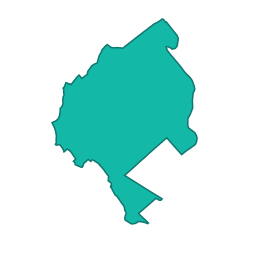 the district of Cernica, Ilfov, Romania, rotated 346°
{"feature_id": "2599482B48526584820869", "entity_name": "Cernica", "entity_type": "district", "adm_level": 2, "iso_a3": "ROU", "parent_name": "Romania", "parent_adm1": "Ilfov", "projection": "orthographic", "projection_center": [26.324, 44.406], "detail": "fine", "context": "isolated", "style": "filled", "palette": "teal", "viewbox_px": 256, "rotation_deg": 346, "n_neighbors": 0, "source": "geoboundaries", "source_scale": "gbopen_adm2", "svg_char_len": 3972}
<svg xmlns="http://www.w3.org/2000/svg" viewBox="0 0 256 256"><g transform="rotate(346 128 128)"><path d="M201.5,107.6L202.1,106.8L202.4,103.5L201.7,97.3L200.9,95.1L200.5,94.1L198.6,91.0L197.7,89.5L196.5,87.4L195.0,83.7L194.0,81.3L191.7,76.5L186.7,66.4L184.8,62.0L184.8,58.5L186.2,58.6L188.5,60.4L189.9,62.2L193.1,62.2L195.4,60.5L197.7,55.3L198.4,53.3L198.3,51.8L198.0,50.0L195.1,43.7L192.2,37.3L190.8,34.3L190.0,34.5L189.2,32.6L188.7,31.2L188.3,31.0L187.7,30.5L186.4,31.0L185.2,31.5L184.9,31.6L183.4,32.2L179.9,33.1L179.1,33.2L178.3,33.4L176.9,34.0L176.1,34.5L175.3,34.7L173.5,35.5L173.1,35.7L172.2,36.1L169.2,37.4L167.9,37.9L159.0,41.8L146.6,47.3L144.3,48.3L143.3,48.9L142.8,49.2L142.4,49.3L141.4,48.9L140.6,48.6L139.3,48.2L138.7,48.0L138.0,47.8L137.4,47.6L136.2,47.2L135.4,47.1L134.0,46.9L133.0,46.5L132.0,46.2L131.5,46.0L130.5,45.0L129.5,43.9L128.9,43.0L128.4,42.4L128.2,42.1L127.3,42.3L126.9,42.5L126.2,42.8L124.7,43.9L122.2,45.5L121.3,46.3L120.5,47.7L120.0,48.4L119.4,48.9L118.9,49.5L118.2,50.1L117.7,50.8L116.9,52.0L115.8,53.8L114.3,56.7L113.7,57.3L113.3,57.4L111.7,57.7L109.7,58.2L109.1,58.5L108.2,58.7L107.4,59.2L106.3,60.2L104.5,61.9L103.9,62.2L103.6,62.4L103.4,62.6L102.9,63.3L102.3,63.9L102.2,64.2L102.0,64.9L102.0,65.8L101.3,66.1L95.2,68.7L93.8,65.7L93.5,65.0L93.2,64.8L90.9,66.2L90.2,66.8L88.5,68.0L83.4,72.0L83.0,71.5L82.5,71.2L82.2,71.5L81.1,70.6L78.7,69.0L76.3,72.6L76.0,72.8L75.7,72.9L75.0,73.3L74.7,73.8L74.6,74.0L74.8,74.3L75.0,74.5L75.1,74.9L74.5,76.5L74.3,77.3L74.1,78.7L74.1,80.4L73.9,80.6L72.7,82.0L72.4,82.7L72.1,83.4L71.8,84.3L71.5,85.2L71.4,85.8L71.2,86.9L71.2,87.6L70.9,88.2L70.5,89.3L69.7,90.3L69.1,91.1L68.3,91.8L67.7,92.2L67.1,92.3L66.1,95.7L65.3,97.6L64.8,98.8L64.2,99.9L63.7,100.6L63.3,101.4L62.7,101.9L61.5,102.7L60.4,103.3L58.8,103.9L57.8,104.0L56.5,104.2L55.9,104.3L55.6,104.4L56.2,107.4L56.5,108.8L56.9,110.8L56.9,113.1L56.9,114.4L56.8,116.6L56.5,118.9L56.0,120.2L55.6,121.4L55.3,122.6L54.8,125.1L53.6,126.2L53.7,126.5L53.9,126.9L54.2,127.3L54.7,127.4L55.3,127.4L56.1,127.3L57.5,127.7L58.0,128.1L58.6,129.4L59.5,131.7L60.0,133.3L60.1,135.7L61.0,135.4L64.0,133.6L64.7,134.6L64.9,134.9L65.8,135.6L66.3,136.8L67.1,137.9L68.3,141.5L69.1,143.4L69.8,145.3L67.0,147.1L67.7,147.9L68.0,148.4L67.9,150.8L72.9,154.6L73.8,154.9L74.2,154.9L74.5,154.7L75.4,153.5L75.7,153.1L76.0,152.2L77.5,151.2L78.7,150.6L79.1,150.3L79.5,150.1L80.2,149.7L80.5,149.5L81.0,149.3L81.4,149.1L81.7,148.9L83.8,151.4L84.4,151.0L85.1,150.4L85.3,150.3L85.5,150.2L86.4,150.7L89.1,153.6L90.4,154.9L91.5,156.1L91.2,156.4L91.6,157.3L92.1,158.2L92.9,159.6L93.7,161.3L94.1,162.1L94.5,163.0L94.8,163.6L95.2,164.7L95.8,166.4L96.8,168.7L97.5,170.3L96.8,172.1L96.0,174.3L96.4,175.0L97.2,175.9L98.3,177.3L98.4,178.0L98.2,179.0L97.9,180.0L97.4,179.8L96.8,181.1L97.3,181.3L98.1,185.2L98.8,188.0L99.4,190.1L100.5,191.3L101.0,192.2L102.6,196.4L103.7,199.5L104.2,200.7L104.8,201.8L105.3,204.0L105.1,205.6L105.0,207.4L105.5,209.0L105.7,210.5L104.9,211.3L104.3,212.2L103.5,213.7L103.0,215.2L102.9,216.0L103.0,216.6L103.8,217.5L105.4,219.1L106.1,219.9L107.4,221.2L108.0,221.7L108.2,221.9L109.1,222.1L112.1,222.4L115.4,221.4L116.1,221.4L117.0,221.7L120.0,223.0L121.2,223.6L122.8,224.7L123.5,225.3L123.8,225.5L124.1,225.5L124.8,225.1L123.8,223.4L122.9,222.0L120.1,217.6L117.5,213.5L131.1,206.6L137.7,203.2L138.1,203.0L140.6,205.4L141.2,205.8L141.8,206.0L142.0,206.0L142.7,205.9L144.0,205.0L129.7,190.4L124.2,184.6L116.9,177.0L113.2,173.2L113.9,172.8L115.3,172.1L117.4,171.0L126.7,166.1L132.7,162.8L136.7,160.8L137.9,160.2L141.2,158.3L150.2,153.6L160.3,148.4L163.2,147.0L164.8,150.0L167.8,155.8L170.5,160.9L172.8,165.3L173.6,166.8L176.9,165.3L180.1,163.8L182.5,163.0L184.4,162.4L184.5,162.3L189.4,160.2L190.7,158.5L191.3,157.7L192.6,154.5L192.6,151.8L191.6,148.5L186.8,142.5L186.7,141.4L186.7,139.7L187.7,136.1L188.0,134.5L188.3,133.5L191.6,129.9L194.5,125.9L195.6,124.1L196.2,121.4L197.2,116.6L199.7,109.8L201.4,107.8L201.5,107.6Z" fill="#14b8a6" stroke="#0f766e" stroke-width="1.5"/></g></svg>